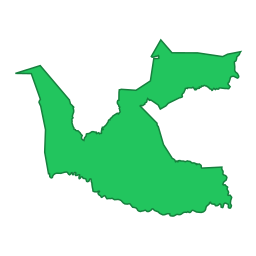 Santa Rosa de Copan, Copán, Honduras
{"feature_id": "27666195B67086372267843", "entity_name": "Santa Rosa de Copan", "entity_type": "district", "adm_level": 2, "iso_a3": "HND", "parent_name": "Honduras", "parent_adm1": "Copán", "projection": "robinson", "projection_center": [-88.756, 14.808], "detail": "fine", "context": "isolated", "style": "filled", "palette": "green", "viewbox_px": 256, "rotation_deg": 0, "n_neighbors": 0, "source": "geoboundaries", "source_scale": "gbopen_adm2", "svg_char_len": 5846}
<svg xmlns="http://www.w3.org/2000/svg" viewBox="0 0 256 256"><path d="M151.3,56.5L152.0,57.1L152.5,57.2L154.6,56.7L155.5,56.3L157.3,56.1L158.0,55.8L158.2,55.5L158.8,56.1L158.8,58.3L158.2,58.5L153.8,58.6L150.4,80.9L136.0,90.3L121.1,89.3L120.3,89.7L119.3,89.8L119.0,92.3L118.9,100.2L118.1,100.3L117.7,100.7L117.4,101.5L117.3,102.6L117.5,103.7L118.6,105.0L118.8,106.2L119.8,107.1L119.2,108.4L119.7,109.6L119.8,110.6L120.2,111.6L120.1,112.0L119.2,112.8L118.9,113.6L118.6,113.9L118.2,114.0L117.7,113.3L117.1,113.3L112.9,116.0L111.5,117.8L110.4,118.4L110.0,119.9L109.1,119.8L108.5,120.4L108.2,121.7L106.2,124.8L103.8,127.1L102.4,127.3L102.4,127.9L103.0,129.0L103.2,129.5L102.7,129.7L101.8,129.0L101.3,132.1L101.6,132.8L101.4,133.4L100.4,133.4L99.5,133.8L98.8,132.7L97.3,133.4L96.6,133.6L96.3,133.3L96.5,132.4L96.4,132.2L94.6,132.0L93.1,131.6L91.9,131.7L89.4,133.3L88.3,133.6L87.1,133.7L86.4,134.0L86.0,136.1L84.5,137.9L83.9,140.5L82.9,140.0L81.6,138.7L81.5,138.0L81.6,137.1L82.2,135.4L81.0,134.3L80.3,133.0L78.2,130.9L76.2,130.6L75.6,130.3L75.3,129.6L73.9,129.1L73.9,127.8L73.1,126.6L72.1,123.3L71.9,122.5L72.1,121.5L71.9,119.1L72.1,118.7L72.9,118.0L73.0,117.7L72.9,117.4L72.4,116.8L72.3,116.3L73.0,113.8L73.7,112.0L73.7,110.1L73.2,108.4L73.7,107.4L73.6,106.9L73.3,106.6L72.9,106.7L72.7,106.6L72.6,106.0L72.1,105.4L70.4,103.8L70.0,102.0L69.5,100.8L69.5,100.1L40.2,65.6L15.4,73.4L31.3,73.6L40.4,99.3L39.3,101.1L39.0,102.1L39.1,102.6L40.7,106.1L45.5,129.7L44.7,152.2L48.5,173.7L49.1,173.5L49.5,173.7L49.8,176.7L50.8,177.7L51.4,177.9L51.9,177.8L52.5,177.2L52.8,175.8L53.6,174.8L54.8,173.8L56.5,173.2L60.9,173.3L64.7,172.2L66.5,172.0L67.4,172.4L68.6,174.2L69.6,174.8L70.2,174.4L71.5,172.7L72.0,172.6L72.2,173.0L72.5,174.5L73.0,174.8L73.6,174.4L73.9,173.3L74.4,172.7L74.8,172.4L75.3,172.5L75.8,172.8L75.9,173.1L75.8,173.8L75.3,174.7L75.4,175.1L75.7,175.5L76.8,175.4L78.8,174.7L79.4,174.7L79.7,174.9L79.7,175.4L79.2,176.3L79.0,177.2L79.0,178.2L79.3,178.7L79.7,178.6L80.1,178.3L81.0,176.9L81.5,176.8L82.1,176.8L83.3,178.4L85.1,178.6L85.9,179.0L86.6,181.3L86.9,181.5L87.4,181.7L88.8,181.3L89.7,179.2L90.4,178.9L90.9,179.0L91.2,179.8L91.2,181.2L91.9,183.1L92.0,184.8L92.5,188.1L92.8,189.1L93.0,191.1L94.2,191.7L96.2,191.9L97.1,191.8L98.4,191.2L99.4,191.2L99.5,191.5L99.2,191.9L98.5,192.4L98.2,192.7L98.1,193.2L98.1,193.7L99.0,194.9L100.5,195.8L101.4,197.3L101.9,197.3L103.7,196.0L104.6,195.7L105.3,196.2L106.7,198.5L107.0,198.8L108.8,198.5L110.6,198.6L112.1,198.3L114.5,199.7L118.1,199.4L119.9,199.9L121.2,200.6L123.3,202.9L124.9,203.9L127.5,204.1L129.2,203.7L130.0,203.9L132.6,207.2L135.0,207.6L136.1,208.0L137.0,208.9L137.6,210.0L138.0,210.5L138.9,211.1L139.9,211.4L140.7,211.5L141.5,211.1L143.1,210.9L145.2,210.2L145.6,210.3L146.3,210.9L147.1,211.5L148.6,211.5L149.2,211.3L151.1,210.1L152.0,209.0L152.8,208.8L154.6,210.5L158.3,211.9L159.1,212.8L160.2,213.6L162.7,214.8L163.7,214.8L165.0,214.6L167.2,213.7L169.8,213.8L170.0,215.3L170.2,215.6L171.0,215.9L173.0,216.1L174.0,215.9L176.7,214.4L177.6,214.4L179.1,214.7L180.5,214.5L181.4,214.0L183.7,212.4L185.7,212.2L186.8,212.4L187.9,211.6L189.0,212.4L189.9,212.5L190.6,212.1L191.9,210.5L192.4,210.3L193.5,210.5L196.5,212.0L200.4,212.4L201.5,212.4L203.5,211.8L204.7,210.8L205.5,209.7L205.9,207.8L206.4,206.4L209.0,204.1L209.4,203.5L209.6,202.6L210.3,202.2L210.6,202.3L210.7,203.0L211.7,203.8L213.3,204.2L214.1,204.1L214.7,204.2L215.3,205.5L215.8,205.8L217.4,205.6L218.6,204.9L219.6,203.8L219.9,203.8L220.9,204.7L221.1,207.1L222.4,207.6L222.8,207.5L223.0,207.1L223.9,203.9L224.9,203.1L225.6,203.1L227.8,204.1L228.3,204.5L228.4,205.2L228.3,207.2L228.5,207.7L229.5,208.1L230.5,208.0L231.2,206.7L231.4,205.8L231.4,205.4L230.6,204.0L230.4,203.1L230.7,200.4L231.4,198.4L231.7,197.3L230.1,195.2L228.3,195.4L227.9,195.0L227.9,194.6L228.6,192.4L228.4,191.7L227.1,189.3L227.1,188.6L227.6,187.4L227.5,186.9L226.4,186.3L225.1,184.8L223.3,184.9L222.9,184.5L223.0,183.6L223.9,181.8L226.2,180.0L226.9,177.5L226.6,176.8L225.8,175.8L224.9,175.3L223.7,174.9L223.0,174.3L222.9,173.3L223.1,171.8L222.9,171.0L222.1,169.8L221.8,168.9L221.9,167.1L201.9,168.1L201.4,167.6L201.1,165.4L199.4,164.0L197.9,164.2L197.5,164.0L196.8,164.6L196.5,164.6L196.2,164.4L196.2,163.7L194.0,162.9L192.1,163.0L190.0,161.4L188.6,161.3L187.5,160.9L185.2,161.7L183.6,161.1L180.7,161.0L179.9,160.5L179.5,160.7L178.3,160.7L178.1,161.1L178.0,161.7L177.9,161.8L176.9,161.0L176.7,161.0L176.3,161.5L175.5,161.8L175.0,160.3L174.4,159.6L173.2,158.8L172.3,158.4L163.5,144.6L158.2,126.4L157.6,125.9L157.1,124.9L157.0,123.2L140.1,106.0L140.4,105.6L140.9,105.4L142.7,105.7L143.7,104.7L144.7,104.4L144.7,103.7L145.0,103.1L145.5,102.7L146.3,102.3L146.7,101.8L147.1,99.8L147.7,98.5L148.7,99.6L149.5,99.7L149.4,100.3L149.8,100.4L150.6,100.1L151.2,100.2L158.2,105.0L160.3,109.1L165.9,105.9L168.2,103.3L179.8,97.6L180.3,97.7L182.0,97.1L182.3,96.7L182.4,96.2L182.3,95.9L181.9,95.4L181.9,95.1L182.6,93.6L183.7,92.8L185.2,89.4L185.3,88.5L186.6,88.2L187.5,88.5L187.9,87.7L191.9,87.9L192.5,87.4L193.0,87.3L193.9,88.2L194.7,89.6L195.1,89.9L195.3,89.7L195.5,88.9L196.4,89.5L197.2,88.4L198.9,88.4L199.4,88.2L199.4,87.1L200.2,87.3L200.7,87.2L201.3,86.9L201.6,86.0L202.9,86.2L203.7,85.6L204.4,85.4L205.8,86.0L206.6,86.0L207.3,86.7L208.7,87.4L209.2,88.2L209.8,88.8L211.1,89.2L212.0,90.4L212.4,90.2L213.7,88.4L214.4,88.6L215.0,89.4L215.5,89.6L216.6,88.6L217.9,89.2L218.4,89.1L218.8,88.9L219.0,88.2L220.0,87.9L224.9,88.5L227.1,88.5L228.1,88.8L228.8,88.6L230.1,86.7L228.1,84.3L228.0,83.2L229.0,82.2L229.9,79.6L230.3,77.8L230.7,77.1L231.8,76.4L233.8,76.3L237.4,78.1L238.2,77.7L238.7,76.9L238.7,76.1L237.4,73.5L235.6,72.1L234.8,70.7L234.7,69.7L234.8,66.8L234.3,62.1L234.6,61.6L235.5,61.2L236.0,60.7L236.6,58.8L236.7,57.1L239.0,54.9L239.4,54.3L240.0,52.6L240.6,51.7L227.6,54.2L222.7,56.6L197.6,52.9L172.0,52.8L160.8,39.9L151.3,56.5Z" fill="#22c55e" stroke="#15803d" stroke-width="1.5"/></svg>